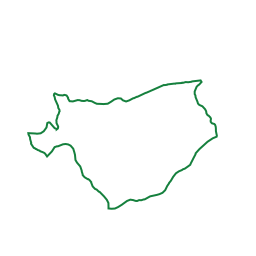 Palencia, Guatemala (Albers equal-area conic projection), rotated 322°
{"feature_id": "79465075B84749841265640", "entity_name": "Palencia", "entity_type": "district", "adm_level": 2, "iso_a3": "GTM", "parent_name": "Guatemala", "parent_adm1": "", "projection": "albers", "projection_center": [-90.328, 14.679], "detail": "fine", "context": "isolated", "style": "outline", "palette": "green", "viewbox_px": 256, "rotation_deg": 322, "n_neighbors": 0, "source": "geoboundaries", "source_scale": "gbopen_adm2", "svg_char_len": 2554}
<svg xmlns="http://www.w3.org/2000/svg" viewBox="0 0 256 256"><g transform="rotate(322 128 128)"><path d="M63.1,179.4L65.3,181.5L68.1,183.4L71.5,184.2L76.2,184.7L77.1,184.7L82.4,184.9L83.0,185.1L85.7,185.9L87.7,188.0L89.0,190.0L90.2,191.1L92.4,191.7L94.0,193.1L96.5,194.0L97.1,194.5L103.4,195.5L109.6,198.5L112.1,199.5L115.3,200.3L119.0,199.9L123.3,197.8L126.2,196.9L126.5,196.6L129.2,196.0L133.5,194.3L136.7,193.5L137.9,193.2L141.6,193.5L144.4,194.3L146.1,194.4L147.6,195.0L151.1,195.2L154.4,195.3L155.4,194.7L156.4,194.2L157.1,193.9L158.0,193.5L161.6,191.8L165.0,190.3L165.7,189.6L171.3,188.6L176.9,188.2L182.2,187.8L188.5,188.3L192.5,189.4L193.4,188.6L193.9,187.5L195.4,184.5L196.8,182.7L197.9,181.0L198.6,179.1L198.5,178.0L197.0,175.9L197.0,174.0L197.4,173.5L197.7,173.0L198.3,172.5L199.0,171.9L199.4,170.5L199.1,167.7L198.6,167.0L198.8,164.8L199.9,162.9L200.3,160.7L200.0,156.7L198.4,153.7L198.2,151.8L198.9,150.1L200.2,145.4L201.2,143.8L201.4,142.4L203.0,140.3L207.4,137.8L209.2,137.5L210.9,137.6L214.3,137.0L214.5,135.2L207.1,130.7L206.6,130.7L203.6,129.0L201.7,127.3L199.0,126.2L198.6,125.6L198.0,125.6L193.2,122.3L192.5,122.2L191.8,121.5L185.8,117.9L185.4,118.0L183.3,116.8L182.8,116.2L164.1,111.5L163.6,111.2L154.6,109.2L154.1,108.8L151.1,108.2L150.6,107.8L146.0,107.0L142.8,105.9L141.0,103.0L140.6,100.4L138.3,98.3L134.7,97.1L131.2,96.9L127.0,96.4L123.5,94.1L120.5,91.5L118.4,89.8L117.3,87.8L115.9,84.6L113.6,82.2L113.1,80.9L112.5,80.7L111.0,80.2L110.0,79.7L108.1,78.0L106.9,76.2L105.5,75.0L100.9,73.1L98.5,70.9L98.8,68.6L98.9,67.9L99.4,67.3L99.6,65.2L99.6,64.5L98.9,63.5L98.1,62.6L96.7,62.3L96.1,61.6L94.5,60.3L93.3,58.9L91.7,55.7L90.8,55.7L89.7,56.6L89.3,58.4L88.2,60.5L86.5,67.4L85.4,69.3L85.1,71.6L84.3,72.8L83.9,72.8L82.2,74.1L79.9,75.0L79.1,75.9L78.4,76.4L76.3,77.8L75.7,78.8L74.7,80.1L73.9,83.8L73.5,84.3L72.4,85.2L70.9,85.2L71.2,84.8L70.1,83.0L69.7,75.5L69.1,74.8L67.5,74.4L64.1,77.4L59.6,78.7L55.9,78.4L52.8,76.5L51.5,75.2L46.3,70.7L45.6,71.9L45.1,74.9L44.0,76.6L42.6,80.1L41.9,80.7L41.5,85.6L42.1,86.4L42.3,87.6L42.9,88.3L43.2,89.6L44.4,91.4L44.5,92.3L45.8,94.3L46.7,96.1L46.9,97.3L46.7,100.6L53.6,99.6L58.4,97.9L60.8,98.7L61.5,99.3L66.7,100.8L69.0,102.2L70.8,104.2L71.9,106.6L72.1,110.6L70.8,114.0L69.7,116.5L66.9,120.9L66.5,123.9L66.7,128.9L65.3,133.0L64.8,133.8L63.7,136.7L63.3,137.2L63.5,140.1L64.8,143.6L65.2,143.8L65.6,145.2L65.7,148.0L65.4,148.3L64.2,152.3L64.5,155.7L65.4,157.2L65.8,160.2L66.3,160.8L67.0,167.1L67.1,171.6L66.4,175.0L65.6,176.1L64.5,177.6L63.1,179.4Z" fill="none" stroke="#15803d" stroke-width="2"/></g></svg>